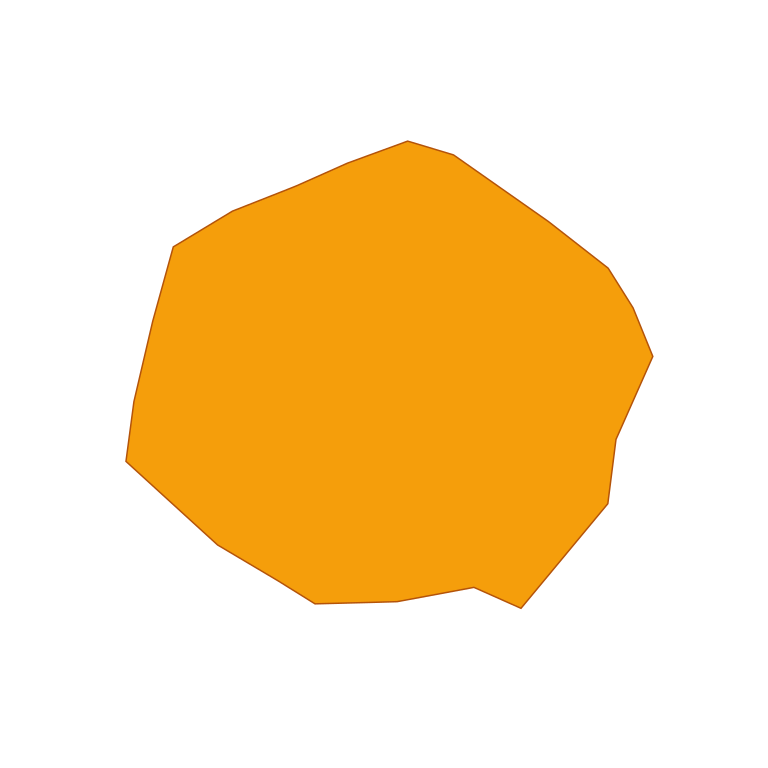 the district of Khankendi City, Stepanakert, Azerbaijan, rotated 127°
{"feature_id": "54616110B15657888815271", "entity_name": "Khankendi City", "entity_type": "district", "adm_level": 2, "iso_a3": "AZE", "parent_name": "Azerbaijan", "parent_adm1": "Stepanakert", "projection": "mercator", "projection_center": [46.797, 39.842], "detail": "fine", "context": "isolated", "style": "filled", "palette": "amber", "viewbox_px": 768, "rotation_deg": 127, "n_neighbors": 0, "source": "geoboundaries", "source_scale": "gbopen_adm2", "svg_char_len": 471}
<svg xmlns="http://www.w3.org/2000/svg" viewBox="0 0 768 768"><g transform="rotate(127 384 384)"><path d="M567.0,263.9L549.9,242.5L492.3,189.8L480.7,139.6L344.9,133.2L288.6,165.4L283.3,166.6L200.2,185.9L173.3,230.9L156.6,274.7L155.3,350.6L159.2,466.3L175.8,511.3L229.6,546.1L278.3,573.1L282.5,575.6L337.2,609.1L401.3,634.8L473.0,606.5L548.6,573.1L601.1,543.5L612.7,420.0L605.0,350.6L601.1,306.8L567.0,263.9Z" fill="#f59e0b" stroke="#b45309" stroke-width="1.5"/></g></svg>